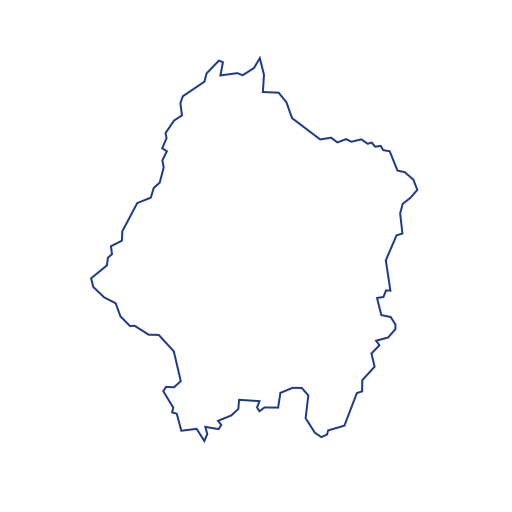 Vinitsa, Vinica, North Macedonia (Mercator projection), rotated 195°
{"feature_id": "65306769B11231402107621", "entity_name": "Vinitsa", "entity_type": "district", "adm_level": 2, "iso_a3": "MKD", "parent_name": "North Macedonia", "parent_adm1": "Vinica", "projection": "mercator", "projection_center": [22.586, 41.86], "detail": "fine", "context": "isolated", "style": "outline", "palette": "blue", "viewbox_px": 512, "rotation_deg": 195, "n_neighbors": 0, "source": "geoboundaries", "source_scale": "gbopen_adm2", "svg_char_len": 1545}
<svg xmlns="http://www.w3.org/2000/svg" viewBox="0 0 512 512"><g transform="rotate(195 256 256)"><path d="M368.1,317.7L368.0,302.0L372.4,295.2L372.7,285.2L384.4,276.4L391.5,245.4L389.5,236.1L398.6,227.9L395.6,220.4L398.6,216.0L397.6,208.3L409.5,191.8L405.2,184.0L391.9,176.7L379.3,174.0L371.3,162.6L359.5,155.7L355.2,157.2L339.3,152.2L329.5,154.6L310.7,142.6L296.3,115.7L301.2,108.0L309.0,106.3L310.6,101.5L296.6,88.0L296.6,83.3L291.7,83.1L282.9,67.9L268.6,73.7L258.0,63.9L257.0,71.4L260.7,77.8L247.3,79.1L245.8,83.8L250.0,87.0L238.6,95.6L233.5,103.7L235.1,112.7L215.1,116.7L215.8,110.0L212.5,106.9L208.6,111.9L195.4,115.3L197.0,130.1L186.6,138.1L177.7,140.4L169.4,134.9L166.1,112.2L153.4,100.5L145.9,98.0L141.2,102.0L141.2,106.2L126.7,115.0L123.1,149.7L118.5,152.7L121.2,163.6L112.8,179.8L119.3,191.7L113.7,201.6L118.0,205.3L107.3,211.5L102.5,221.2L103.4,225.7L110.1,231.9L119.7,231.4L128.2,246.8L122.3,249.4L121.5,256.4L117.2,257.3L129.5,285.4L125.6,312.3L120.4,315.6L127.8,334.5L127.8,344.3L121.9,352.2L117.3,361.6L123.7,370.4L134.0,375.5L141.4,375.1L154.0,391.8L160.5,391.2L164.1,394.6L169.2,392.4L173.6,395.5L177.1,393.3L184.5,395.9L193.4,391.1L199.3,392.2L206.7,386.8L214.1,389.7L224.2,385.2L256.9,398.5L266.4,412.4L276.4,419.6L291.8,416.2L295.2,433.1L303.5,448.1L306.6,437.1L315.6,427.2L321.4,427.8L337.1,421.2L338.1,434.6L342.4,435.1L351.0,419.6L350.9,411.1L368.0,391.4L368.6,384.1L363.9,372.6L370.1,365.8L375.2,351.4L372.9,346.6L374.5,335.8L369.2,334.1L371.2,324.1L368.1,317.7Z" fill="none" stroke="#1e3a8a" stroke-width="2"/></g></svg>